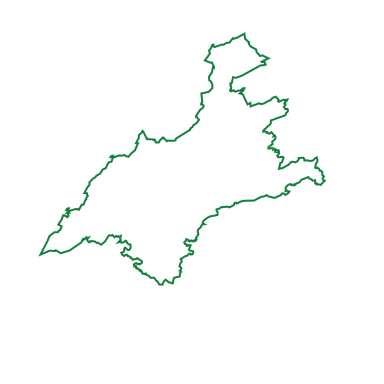 the district of Swinford Lea-4, Mayo, Ireland, rotated 314°
{"feature_id": "5873133B98662462343086", "entity_name": "Swinford Lea-4", "entity_type": "district", "adm_level": 2, "iso_a3": "IRL", "parent_name": "Ireland", "parent_adm1": "Mayo", "projection": "equal_earth", "projection_center": [-8.887, 53.889], "detail": "fine", "context": "isolated", "style": "outline", "palette": "green", "viewbox_px": 384, "rotation_deg": 314, "n_neighbors": 0, "source": "geoboundaries", "source_scale": "gbopen_adm2", "svg_char_len": 6090}
<svg xmlns="http://www.w3.org/2000/svg" viewBox="0 0 384 384"><g transform="rotate(314 192 192)"><path d="M286.4,279.6L292.3,279.6L291.8,277.8L292.6,276.4L294.9,276.1L294.7,274.1L297.0,271.6L296.8,269.9L296.1,269.1L296.9,267.5L296.7,265.2L295.6,265.1L295.0,263.7L298.9,261.2L300.3,261.3L302.1,260.2L303.4,257.6L300.5,257.0L298.9,257.3L296.9,255.9L293.7,251.6L292.7,251.1L294.0,249.1L294.0,248.3L290.5,245.2L289.9,246.0L287.7,246.4L285.2,245.8L283.3,242.9L280.9,242.3L278.9,242.6L272.0,240.5L269.1,238.4L274.4,235.3L275.6,236.1L280.3,234.1L280.3,232.8L276.8,229.9L277.2,228.2L280.3,227.8L280.9,227.0L280.3,226.2L281.4,226.6L282.2,225.5L281.0,223.8L279.1,223.4L280.6,222.1L279.4,221.4L279.7,221.0L279.2,220.9L279.8,220.5L279.2,218.9L277.6,218.2L276.4,216.6L277.6,215.8L282.4,216.7L283.7,214.8L288.2,214.9L289.7,213.8L290.1,212.6L288.8,212.0L289.8,211.7L290.2,207.6L287.8,207.2L286.8,205.1L287.2,204.7L286.4,204.2L286.9,203.5L285.9,201.9L284.9,201.4L285.7,200.6L295.7,201.2L298.4,199.1L312.1,205.9L313.8,204.9L316.3,205.0L317.8,204.0L317.9,202.7L316.5,201.6L316.9,199.1L320.1,198.5L320.5,197.5L320.0,197.0L321.9,196.3L323.2,196.8L324.8,196.4L322.3,194.6L322.0,193.7L317.2,191.8L317.0,191.0L318.4,190.4L318.8,186.1L315.9,184.6L312.2,184.7L311.8,184.1L305.5,182.2L303.0,180.4L302.5,178.7L294.3,174.7L296.6,172.1L293.6,171.1L297.6,160.6L296.1,157.9L300.4,158.4L303.0,157.6L302.3,156.7L298.6,156.2L296.3,154.3L294.5,153.7L293.8,152.3L294.1,151.4L291.8,150.2L292.2,149.8L291.4,149.4L291.4,148.9L294.4,147.8L294.7,146.7L295.4,146.3L295.4,145.4L296.5,145.0L296.8,144.2L298.0,144.9L303.1,141.8L304.5,144.2L310.4,147.1L330.7,153.4L333.9,156.2L334.9,156.4L335.8,153.9L334.1,152.2L334.1,151.6L341.3,154.2L339.1,147.6L337.1,146.6L337.6,141.0L339.1,139.1L337.6,133.9L337.6,131.6L338.6,129.2L339.2,129.0L338.9,128.7L339.2,127.8L339.1,123.8L342.3,119.7L335.0,117.5L330.9,115.4L331.0,114.6L325.6,115.1L323.1,113.2L319.7,112.3L318.8,111.1L312.0,107.6L311.6,106.3L312.9,105.3L312.1,104.4L307.7,106.0L305.5,106.0L304.1,108.7L295.6,109.9L297.8,115.4L299.0,116.4L297.2,121.1L296.3,121.6L296.0,120.6L291.5,123.4L286.9,124.1L284.4,126.7L284.6,129.1L283.3,132.1L281.0,134.4L275.7,134.5L269.4,130.3L263.4,137.3L262.7,136.9L261.4,137.6L262.3,139.8L262.0,140.8L260.2,141.3L256.2,140.8L249.5,142.1L248.8,142.7L249.2,143.2L248.8,146.9L245.0,147.4L240.5,146.6L239.3,147.2L236.7,146.7L235.4,147.4L219.4,143.4L217.6,144.2L215.5,142.6L211.9,138.6L211.2,138.7L211.0,135.5L211.4,134.2L210.6,133.8L210.7,133.1L206.0,133.1L204.7,133.7L202.7,132.0L202.5,131.2L203.7,129.6L203.8,128.6L202.7,128.3L202.5,127.1L198.9,123.0L199.5,122.7L199.3,121.4L201.6,114.9L201.6,114.0L199.5,114.5L195.9,114.3L194.1,116.1L188.3,117.8L189.6,119.2L182.5,122.0L176.9,121.5L173.1,121.8L171.9,119.5L171.8,117.8L169.3,116.3L168.0,114.5L166.1,113.3L163.2,112.2L163.1,109.6L162.0,109.0L160.5,109.2L161.7,110.6L161.3,111.4L158.0,113.0L155.7,111.7L154.4,111.6L149.2,113.4L146.1,112.1L141.5,113.2L137.1,111.9L135.4,112.3L133.7,111.5L127.6,111.5L125.8,113.4L123.2,113.4L116.5,115.3L118.1,117.3L117.0,118.5L117.0,119.6L114.1,120.3L113.2,121.1L112.4,120.7L107.6,122.7L106.2,121.5L100.7,123.0L100.6,121.8L99.6,121.5L99.0,120.1L93.5,117.2L93.6,115.6L94.7,114.5L93.0,113.8L91.5,114.2L92.6,115.4L92.2,116.6L90.3,116.6L91.1,117.1L91.4,118.2L90.2,117.6L89.4,119.4L88.6,119.9L87.1,119.6L87.3,118.4L85.8,115.5L81.8,117.3L75.7,118.5L76.8,122.1L73.2,123.6L71.8,123.1L70.1,123.5L67.3,120.9L61.2,120.1L56.3,122.1L41.7,126.5L51.1,130.5L54.3,134.5L55.4,134.4L56.8,140.1L65.0,144.6L78.7,147.4L80.6,146.8L82.4,147.2L81.7,146.5L82.7,146.2L84.2,147.7L86.0,147.3L86.5,148.7L87.3,149.2L85.2,149.4L84.5,150.2L84.2,152.5L85.3,152.7L85.4,153.6L86.8,153.6L89.1,156.8L89.1,158.8L90.3,159.7L90.9,163.2L96.1,163.8L103.1,162.3L104.4,164.0L105.8,164.6L105.5,167.6L107.8,168.0L107.9,169.5L109.0,169.8L109.1,170.7L110.9,171.3L108.4,172.9L108.0,174.0L104.8,174.0L106.9,175.3L106.4,175.9L106.7,176.8L109.1,178.0L110.7,177.9L111.1,179.2L110.2,180.7L110.5,183.0L111.5,184.3L109.1,186.7L106.6,187.1L105.8,186.3L105.4,182.4L104.2,182.6L102.6,184.1L101.0,184.4L99.2,183.3L98.4,185.5L98.8,187.7L100.4,187.8L101.8,188.9L101.3,190.3L102.0,190.9L102.1,192.6L102.5,193.0L101.9,193.8L102.5,194.5L102.1,196.7L104.1,197.4L104.6,198.3L106.3,198.5L107.4,204.0L106.2,205.1L104.2,204.8L103.3,204.3L103.5,203.8L102.3,202.8L102.5,202.0L101.4,200.8L99.5,200.5L99.1,201.1L99.3,202.4L98.9,202.5L99.3,202.7L99.2,203.5L98.8,203.6L99.4,203.7L98.6,204.6L99.0,204.9L98.7,205.8L99.5,206.5L99.8,208.5L99.4,208.6L99.7,209.2L99.2,209.0L99.1,209.8L99.8,210.6L98.9,213.3L99.8,214.0L100.0,215.0L101.3,215.4L100.8,217.2L101.7,219.0L101.5,221.8L104.0,224.3L103.4,227.9L103.7,229.5L102.7,232.5L104.7,235.1L108.0,233.8L110.6,233.9L111.0,238.4L111.6,238.8L112.6,241.5L113.6,241.5L115.1,240.1L117.9,238.7L122.7,241.8L125.4,239.8L127.0,239.6L126.8,237.9L129.2,237.8L130.1,236.6L129.7,234.7L132.4,233.3L134.7,233.0L135.5,232.2L135.9,230.4L141.8,232.0L142.7,232.8L145.9,232.9L146.6,234.1L146.2,234.5L147.6,235.6L149.6,234.8L150.0,233.7L148.3,231.0L148.4,229.8L152.7,228.0L151.4,226.3L150.1,226.3L149.6,225.5L150.2,225.2L150.4,223.9L149.7,222.9L150.4,221.4L152.8,221.4L154.1,220.7L155.0,222.8L154.4,223.5L155.6,224.6L155.3,224.9L156.8,225.3L156.8,226.3L157.9,226.8L157.1,227.0L157.5,227.6L159.1,228.0L159.6,228.6L161.1,228.2L161.6,226.7L166.0,226.0L167.5,223.5L169.0,222.6L172.3,222.7L175.8,221.8L177.5,223.3L177.1,221.5L177.4,220.9L179.5,220.2L186.2,221.5L193.2,226.3L195.3,224.4L195.9,222.1L196.5,221.7L199.1,223.2L201.4,223.6L206.4,228.0L206.8,229.5L211.5,231.2L213.8,230.3L215.0,231.2L214.8,232.2L219.5,233.9L223.0,236.6L228.9,242.6L237.1,245.3L238.4,246.7L241.7,247.9L241.6,249.4L245.1,255.5L251.2,258.0L253.6,257.8L254.6,258.9L254.8,261.2L257.9,262.0L259.9,261.7L259.0,260.5L259.3,260.2L258.9,259.3L257.7,258.6L260.1,256.5L261.8,256.0L264.6,256.4L266.3,257.6L265.9,258.3L266.2,259.2L268.4,260.1L267.9,261.0L268.4,261.2L270.7,261.2L273.6,262.6L276.7,262.2L283.6,265.3L283.1,267.0L284.1,269.1L283.9,270.8L286.0,272.5L283.8,274.6L284.8,275.7L284.0,276.4L285.3,277.4L286.4,279.6Z" fill="none" stroke="#15803d" stroke-width="2"/></g></svg>